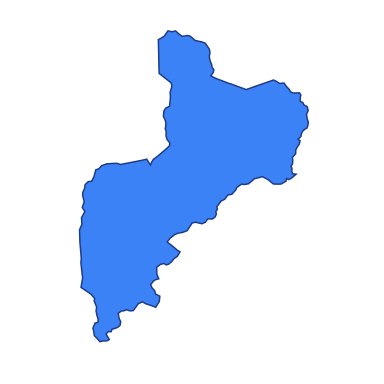 outline of Riachinho, Tocantins, Brazil, rotated 276°
{"feature_id": "56859067B22428854135071", "entity_name": "Riachinho", "entity_type": "district", "adm_level": 2, "iso_a3": "BRA", "parent_name": "Brazil", "parent_adm1": "Tocantins", "projection": "mercator", "projection_center": [-48.146, -6.475], "detail": "fine", "context": "isolated", "style": "filled", "palette": "blue", "viewbox_px": 384, "rotation_deg": 276, "n_neighbors": 0, "source": "geoboundaries", "source_scale": "gbopen_adm2", "svg_char_len": 2861}
<svg xmlns="http://www.w3.org/2000/svg" viewBox="0 0 384 384"><g transform="rotate(276 192 192)"><path d="M38.9,109.9L36.6,112.8L33.5,116.1L34.5,118.7L35.1,123.1L36.7,125.2L38.8,123.5L41.8,121.4L44.3,123.2L44.7,126.3L47.1,126.7L48.5,130.1L49.7,132.3L51.9,134.4L55.7,134.6L58.4,132.8L63.6,131.3L66.2,134.1L66.8,136.9L68.1,139.0L67.3,142.7L67.9,146.0L75.2,150.2L77.6,154.1L76.0,157.7L74.9,163.1L73.6,168.0L76.4,169.3L79.6,170.9L85.0,170.9L86.7,166.4L90.0,165.2L92.6,162.2L95.3,160.6L99.1,162.7L100.9,164.7L102.2,168.0L106.7,165.6L110.1,165.2L113.4,164.7L116.7,168.1L118.0,171.7L116.8,174.0L117.8,176.3L120.4,178.9L123.8,181.0L126.6,184.2L131.3,186.3L132.6,183.3L135.1,179.9L139.7,172.5L143.7,175.0L147.8,179.2L149.6,182.4L150.8,186.8L153.0,191.2L161.2,195.4L162.3,198.7L161.5,205.3L163.4,208.5L166.9,210.5L167.3,215.2L169.6,217.6L172.4,218.5L175.3,217.8L177.5,219.1L179.9,218.2L182.9,220.1L185.9,221.7L188.3,225.4L192.9,228.0L193.8,231.8L198.8,235.4L201.2,236.1L205.0,240.4L205.0,243.8L206.1,247.3L209.4,250.6L211.7,252.6L212.7,255.5L214.6,260.2L213.6,263.0L212.3,266.3L210.2,269.4L208.5,272.1L208.7,275.6L209.2,279.7L212.5,284.3L215.2,284.6L214.5,287.0L216.0,289.2L217.9,291.2L220.6,293.7L220.7,290.1L223.0,289.1L225.7,289.0L228.0,287.8L230.3,289.0L233.2,289.0L237.0,288.3L240.9,291.1L244.6,290.8L248.0,292.1L250.7,293.6L254.3,294.1L255.5,291.9L258.6,294.5L261.7,294.8L264.1,295.7L266.1,297.5L267.6,299.7L270.2,300.2L273.2,300.5L277.4,298.7L281.1,297.8L285.2,299.0L289.0,297.6L290.3,294.2L292.5,292.9L293.6,290.1L297.0,289.8L299.9,290.1L301.8,288.6L301.4,285.0L301.0,282.4L301.8,279.7L304.5,277.6L306.9,274.8L310.0,272.1L309.1,267.9L310.9,264.2L311.9,261.4L304.5,245.6L299.5,235.1L303.5,219.6L304.0,216.9L307.4,204.1L308.5,201.0L309.6,198.5L313.2,200.7L315.9,200.9L318.1,198.9L320.9,198.2L324.0,196.5L326.9,195.4L329.6,195.0L332.0,195.4L335.7,194.4L338.5,192.1L341.4,189.6L342.4,185.6L342.6,182.8L343.1,179.2L345.2,176.3L346.9,173.6L347.2,170.8L346.3,168.3L345.9,165.8L347.8,162.5L350.5,158.8L349.3,155.4L349.7,151.2L346.4,149.4L344.1,148.1L341.8,145.3L340.0,142.6L306.5,146.9L298.5,159.7L295.3,161.0L288.7,159.8L284.7,160.6L280.5,160.7L274.9,160.7L272.5,156.9L269.1,155.5L264.1,155.7L261.0,157.7L258.0,158.8L254.9,159.0L252.1,158.8L249.4,160.0L245.0,160.3L241.6,161.7L238.6,164.7L235.7,164.8L232.9,162.5L228.0,157.9L222.8,152.9L220.6,150.3L217.9,148.9L214.5,147.9L219.9,143.5L218.2,138.6L211.9,118.0L212.7,114.4L212.0,109.4L211.0,104.0L208.6,99.2L205.4,97.0L204.0,94.0L197.1,92.9L192.2,91.1L191.5,87.8L188.3,85.0L183.8,84.7L180.4,83.5L177.4,83.5L171.2,85.8L165.1,84.5L161.4,87.5L154.9,84.8L148.3,85.9L142.6,84.1L129.7,85.9L114.6,88.8L110.0,88.9L95.1,92.2L85.5,91.6L80.0,102.0L76.0,106.3L73.4,106.1L67.6,109.2L63.8,109.0L59.2,110.4L55.6,112.0L52.7,112.1L51.4,109.2L46.1,107.7L43.6,108.7L38.9,109.9Z" fill="#3b82f6" stroke="#1e3a8a" stroke-width="1.5"/></g></svg>